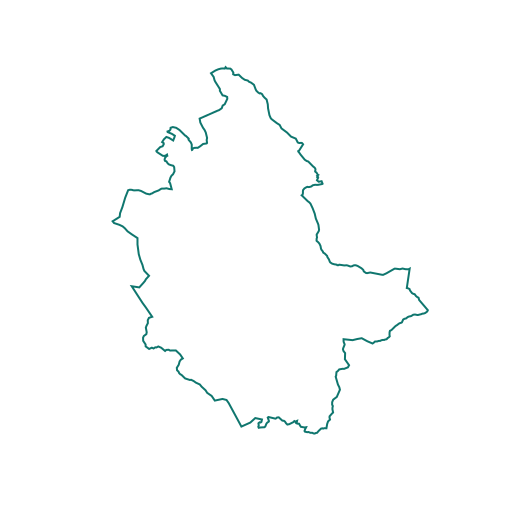 Sinteu, Bihor, Romania (Robinson projection), rotated 247°
{"feature_id": "2599482B35691886795936", "entity_name": "Sinteu", "entity_type": "district", "adm_level": 2, "iso_a3": "ROU", "parent_name": "Romania", "parent_adm1": "Bihor", "projection": "robinson", "projection_center": [22.5, 47.135], "detail": "fine", "context": "isolated", "style": "outline", "palette": "teal", "viewbox_px": 512, "rotation_deg": 247, "n_neighbors": 0, "source": "geoboundaries", "source_scale": "gbopen_adm2", "svg_char_len": 6097}
<svg xmlns="http://www.w3.org/2000/svg" viewBox="0 0 512 512"><g transform="rotate(247 256 256)"><path d="M441.7,301.8L440.7,300.5L441.5,299.0L442.2,297.1L442.6,294.3L442.6,291.1L441.8,286.0L437.4,287.0L433.9,286.5L432.4,286.6L423.8,288.0L422.2,287.3L416.9,288.0L415.7,289.8L413.7,291.6L411.9,291.0L407.9,286.5L407.5,284.1L405.4,282.2L404.7,279.0L404.8,277.0L404.5,257.8L400.6,256.9L394.9,257.3L392.1,257.9L389.3,258.0L383.8,257.1L382.0,255.9L379.8,255.3L379.2,255.1L379.0,254.8L378.9,254.5L379.8,251.1L378.8,247.4L378.3,244.6L378.7,244.0L379.6,241.5L379.7,240.1L378.6,238.8L378.6,238.5L379.5,238.6L383.7,240.4L386.0,240.4L389.2,239.4L390.0,239.5L390.4,239.9L393.9,238.4L394.4,237.9L401.9,234.8L405.2,232.6L407.2,229.8L407.4,227.5L405.8,226.6L405.1,225.3L405.2,223.2L404.6,223.1L401.3,226.3L398.4,228.3L397.0,227.2L394.7,224.9L398.7,222.1L400.6,220.0L399.4,216.8L397.5,214.1L396.0,215.1L395.0,214.8L394.1,213.7L393.5,212.9L393.7,210.4L391.6,205.3L391.0,205.3L389.9,205.8L384.7,209.3L383.9,210.8L383.8,212.3L384.1,213.7L382.9,213.5L382.9,212.5L381.7,210.4L380.2,209.4L378.9,209.5L378.2,210.5L375.9,210.9L374.5,211.5L373.1,212.9L371.4,215.1L369.8,215.4L365.8,214.1L363.6,211.5L363.0,209.7L361.6,207.9L358.2,205.0L356.6,205.4L350.4,204.5L351.5,202.4L353.3,200.1L353.9,197.9L354.6,196.3L354.9,195.3L354.8,194.2L354.4,192.0L354.6,187.4L354.2,184.5L354.4,183.3L354.2,182.6L354.4,182.0L356.3,179.3L360.8,175.6L362.5,173.5L364.0,169.5L364.6,168.5L365.4,167.6L366.3,165.8L366.5,164.0L360.8,158.4L353.2,152.1L348.5,147.6L345.3,145.8L344.0,137.6L341.8,138.2L338.1,142.4L335.4,144.8L332.8,146.1L328.9,147.4L324.5,150.1L318.8,153.9L312.9,151.4L303.5,148.8L297.8,148.1L292.1,148.0L288.0,147.4L285.9,147.4L279.6,149.8L277.6,145.5L276.5,144.2L275.4,142.1L272.7,136.3L276.7,129.8L257.2,133.2L251.6,134.5L240.6,136.7L240.9,133.3L239.2,131.3L236.4,130.2L234.6,128.0L233.1,126.6L228.5,125.6L226.9,124.5L226.2,121.5L224.9,120.1L222.0,119.0L217.7,119.8L215.9,119.1L212.2,121.3L212.3,124.3L210.9,125.6L211.3,127.6L210.7,128.6L210.9,130.7L208.6,132.9L204.1,135.2L204.6,136.7L203.8,139.0L202.6,139.9L200.4,145.3L195.0,147.7L190.3,148.6L190.0,146.4L188.8,144.5L186.1,142.4L184.0,139.4L181.6,138.7L179.9,139.5L178.2,139.5L176.7,140.1L175.6,141.0L171.0,142.9L167.7,146.7L167.4,147.9L165.2,149.8L162.9,151.2L159.7,154.1L156.9,154.9L152.1,157.1L149.1,157.6L144.5,160.5L139.0,161.6L137.5,169.3L135.0,172.6L131.3,173.4L104.7,175.9L104.9,185.7L107.1,192.0L103.2,197.6L101.2,196.2L101.0,195.6L101.0,194.9L101.5,194.4L101.2,193.1L100.9,192.8L99.1,192.4L97.9,191.4L96.8,191.4L96.4,193.2L95.1,196.8L95.4,197.9L97.6,200.1L98.2,201.2L98.6,203.1L99.0,203.4L102.7,203.7L102.9,204.6L98.7,210.3L98.7,211.2L99.1,212.2L98.7,213.7L98.6,213.9L94.2,215.9L93.4,217.3L92.2,218.0L90.3,218.3L88.6,219.0L88.2,220.9L88.5,225.7L89.1,226.8L87.9,227.9L88.2,229.0L88.2,229.4L87.2,228.7L86.8,227.6L86.4,227.7L85.5,228.6L84.8,230.1L82.7,230.3L81.2,230.6L78.9,234.2L78.9,234.9L78.8,235.3L78.4,234.9L78.1,234.2L76.0,232.3L75.2,232.4L73.8,234.3L73.5,235.5L72.0,237.0L71.3,238.7L70.2,239.6L69.6,240.7L69.7,241.8L69.4,243.2L70.5,245.3L71.7,248.5L71.4,249.9L70.9,250.3L70.8,251.6L69.9,253.5L73.6,255.9L75.6,257.7L76.5,260.2L78.5,260.5L79.7,261.1L81.2,264.2L81.8,265.8L85.2,266.5L86.8,267.3L87.4,267.8L87.9,268.1L89.4,268.0L91.7,269.0L93.6,270.9L94.7,275.3L100.1,281.0L102.6,281.4L105.7,281.2L113.8,282.2L114.5,283.0L117.7,284.7L118.2,286.5L119.1,288.3L118.3,291.8L117.7,292.9L117.6,297.1L119.1,299.0L126.2,297.5L131.8,300.1L134.3,299.4L136.2,299.6L137.0,300.2L139.7,302.9L140.3,303.1L142.3,303.1L143.3,303.3L145.2,304.1L140.8,312.0L140.0,316.9L139.0,321.2L134.1,325.1L129.9,329.1L130.2,330.5L130.8,332.1L130.0,334.1L129.9,335.6L129.3,337.4L129.5,338.3L129.2,339.9L128.6,341.3L128.7,342.3L128.4,343.3L128.4,343.9L129.1,345.1L129.1,345.7L129.3,346.6L129.8,347.7L131.3,348.1L133.7,349.2L134.8,350.1L134.8,350.9L135.0,352.0L136.8,356.5L137.1,357.5L137.3,358.9L137.8,360.7L138.0,361.8L137.8,364.0L138.0,364.5L140.0,366.6L140.2,368.1L139.9,369.8L140.5,371.7L140.5,373.4L140.2,374.5L140.1,375.5L140.5,377.8L140.0,379.5L138.7,381.4L138.4,382.1L138.1,384.1L137.9,385.3L137.9,386.7L137.5,387.9L137.4,389.4L137.9,391.6L138.7,392.8L139.0,393.0L151.7,389.0L154.1,389.3L155.3,388.3L156.7,387.6L158.9,387.1L159.6,386.1L160.9,385.1L164.1,384.3L165.6,384.4L166.7,383.5L167.6,382.3L184.3,392.5L184.2,391.2L185.4,388.5L187.2,386.0L187.6,383.3L189.7,379.7L190.2,378.6L189.1,369.2L189.0,365.6L189.6,364.5L196.2,354.7L196.8,351.6L197.4,350.6L199.7,349.2L201.3,349.3L203.5,348.3L207.1,345.7L208.5,344.2L209.1,342.8L209.2,341.8L209.0,340.6L209.5,338.7L211.4,336.7L212.1,335.7L212.8,333.6L215.5,329.2L215.3,328.5L215.5,327.8L215.8,327.2L216.5,326.9L217.8,324.8L219.2,323.1L221.0,321.9L221.8,321.7L224.4,321.8L227.1,321.3L228.3,321.5L231.3,320.3L232.9,319.2L234.0,319.3L236.3,318.7L237.4,318.7L240.0,319.3L242.6,319.2L244.5,318.6L246.0,317.8L246.4,317.7L248.3,318.6L249.2,319.4L251.8,320.1L252.2,320.4L252.8,321.3L254.4,323.5L255.5,324.3L260.2,325.6L261.5,325.7L267.0,325.7L272.1,326.6L277.9,326.8L282.9,326.6L284.6,326.0L286.3,325.0L294.0,321.8L294.2,322.8L294.6,323.1L295.6,323.8L297.1,324.4L298.3,325.1L299.3,327.0L299.6,329.1L299.6,330.3L298.9,331.3L298.6,332.3L298.4,334.2L298.8,335.4L298.9,336.0L298.5,338.1L297.3,340.7L296.4,345.0L296.5,345.5L299.2,345.6L299.9,342.7L301.9,341.7L303.7,343.7L304.6,343.2L305.0,343.9L305.9,343.6L306.3,344.9L306.7,344.6L309.1,344.3L310.5,343.5L310.8,343.5L312.3,344.5L313.2,344.7L313.9,344.6L314.8,344.3L316.0,343.6L322.1,341.2L322.8,340.8L323.6,339.8L325.6,338.5L332.1,336.6L334.1,336.2L335.3,335.8L336.0,335.8L336.1,336.7L340.4,343.0L342.0,342.5L342.5,341.8L343.1,339.9L344.2,338.8L348.5,338.5L352.2,334.9L357.5,332.8L363.5,329.3L367.4,329.0L370.3,327.0L375.9,323.8L377.3,323.4L380.4,323.4L387.2,324.8L391.0,326.1L395.9,326.9L398.5,325.7L400.7,325.0L402.5,324.9L404.1,323.8L404.2,322.9L405.6,321.9L408.0,320.9L409.4,320.8L414.4,321.0L417.5,319.2L419.2,317.6L420.7,317.0L422.6,314.5L425.4,312.7L429.7,310.9L430.7,307.3L432.2,306.0L433.7,306.8L437.2,306.3L438.6,305.5L439.9,302.5L441.7,301.8Z" fill="none" stroke="#0f766e" stroke-width="2"/></g></svg>